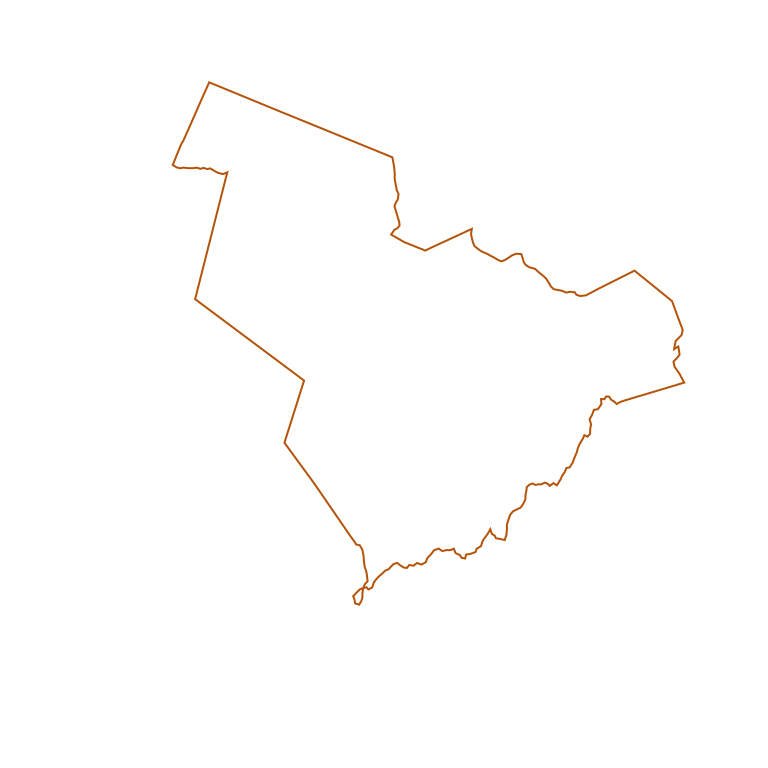 outline of Marajá do Sena, Maranhão, Brazil, rotated 22°
{"feature_id": "56859067B7170662735906", "entity_name": "Marajá do Sena", "entity_type": "district", "adm_level": 2, "iso_a3": "BRA", "parent_name": "Brazil", "parent_adm1": "Maranhão", "projection": "natural_earth1", "projection_center": [-45.553, -4.751], "detail": "fine", "context": "isolated", "style": "outline", "palette": "amber", "viewbox_px": 768, "rotation_deg": 22, "n_neighbors": 0, "source": "geoboundaries", "source_scale": "gbopen_adm2", "svg_char_len": 3022}
<svg xmlns="http://www.w3.org/2000/svg" viewBox="0 0 768 768"><g transform="rotate(22 384 384)"><path d="M441.1,581.0L443.9,579.0L446.5,580.4L449.3,577.1L448.9,572.0L449.8,568.4L451.3,564.4L453.4,560.4L455.0,556.6L457.7,553.9L458.9,550.6L460.4,547.3L463.3,544.9L466.9,546.0L471.1,546.8L474.2,545.9L475.2,542.4L479.5,541.4L481.6,537.6L486.4,537.4L489.5,533.6L489.4,529.2L491.5,523.9L492.6,519.5L496.3,516.1L500.7,517.1L504.1,514.6L507.5,513.3L510.4,510.6L513.8,514.0L518.6,514.2L521.0,516.1L524.6,515.4L524.0,511.4L527.6,509.3L531.8,505.5L531.7,502.0L534.6,498.1L534.3,491.9L536.1,484.9L537.0,478.8L540.1,482.6L543.4,483.1L545.6,485.1L549.5,484.2L554.4,483.5L554.0,477.9L552.1,471.6L550.7,468.7L550.2,463.3L550.0,457.9L551.3,453.7L554.8,449.8L557.0,447.4L558.0,442.9L558.3,437.8L556.8,434.2L556.1,430.0L555.0,426.1L556.6,422.8L559.0,420.6L561.9,420.9L564.8,419.2L567.5,418.1L570.0,415.2L573.2,415.2L575.8,416.4L578.2,412.5L582.2,413.2L583.5,406.0L583.5,402.4L584.6,397.8L584.6,393.5L587.3,391.9L588.4,386.1L588.2,380.9L588.3,375.4L587.8,371.0L587.8,366.5L588.9,360.0L588.9,356.4L592.5,356.6L593.7,353.0L591.7,347.3L591.3,344.1L587.8,339.7L588.5,334.8L588.3,329.3L591.8,327.2L593.1,321.3L590.9,316.6L594.0,315.6L594.6,312.4L597.5,311.4L600.3,313.4L604.4,314.2L607.2,315.4L609.8,312.1L613.6,308.9L661.9,270.2L658.2,267.3L654.3,263.9L646.9,259.1L644.0,254.7L645.8,250.5L647.1,246.2L644.6,241.8L642.8,239.0L639.9,243.0L638.3,235.0L640.4,229.9L641.6,227.0L640.8,222.2L638.3,219.3L636.3,217.2L633.9,214.6L630.8,211.2L623.3,202.9L620.1,199.3L602.1,193.7L578.1,186.4L573.8,185.1L547.8,214.6L538.1,226.1L533.0,228.9L529.0,229.2L526.6,227.5L522.2,228.7L518.6,231.0L513.9,230.9L509.6,231.8L505.8,232.5L502.1,231.0L498.6,228.2L495.1,225.7L492.0,224.4L487.9,223.1L484.9,222.2L481.2,220.7L477.9,220.9L475.1,221.4L470.7,220.5L467.9,218.6L465.5,215.5L462.7,212.1L457.7,213.7L454.4,216.9L451.9,220.7L449.9,223.5L446.9,226.3L443.6,226.3L439.4,225.6L434.9,225.2L431.5,224.7L428.0,224.6L424.4,224.5L420.3,223.5L416.2,222.2L413.9,219.9L411.4,216.7L408.6,212.5L407.3,207.3L376.8,239.8L374.5,242.3L372.4,244.8L349.8,244.9L334.6,242.8L335.8,237.3L337.9,234.7L339.1,231.4L337.5,228.2L327.1,215.3L327.0,211.6L327.7,207.6L326.3,202.4L323.3,199.6L320.4,195.1L318.2,191.7L316.7,189.1L315.5,185.6L313.8,182.2L311.9,178.7L308.9,173.9L306.9,170.7L199.8,170.3L186.9,170.3L108.9,169.8L108.8,173.1L108.2,189.0L107.4,216.5L106.8,233.3L106.1,238.3L106.1,260.1L110.9,260.8L114.4,260.3L116.9,258.5L120.8,257.5L125.6,255.7L129.3,253.6L133.3,253.2L135.6,251.3L139.5,250.9L142.2,249.2L147.4,250.0L151.4,250.4L156.2,249.6L159.4,246.5L177.1,376.1L295.5,407.3L308.6,410.8L313.7,475.8L356.3,502.2L385.2,521.3L407.8,536.3L415.9,541.4L418.3,543.2L421.9,542.6L426.0,545.8L429.3,550.8L431.8,555.9L434.9,561.3L437.5,564.0L439.4,567.0L440.9,569.8L442.7,573.1L441.2,576.8L441.1,581.0ZM443.6,597.9L444.3,593.9L444.0,590.2L442.3,585.8L441.1,581.0L438.4,583.7L436.2,589.0L434.9,592.3L437.4,594.9L439.4,598.2L443.6,597.9Z" fill="none" stroke="#b45309" stroke-width="2"/></g></svg>